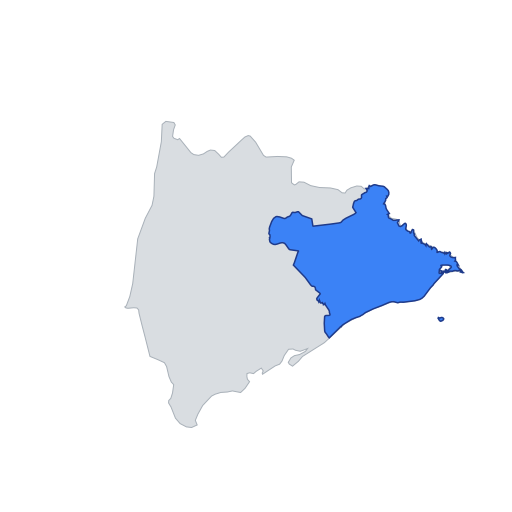 Atlántico Norte highlighted on a map of Nicaragua, rotated 54°
{"feature_id": "NIC-657", "entity_name": "Atlántico Norte", "entity_type": "Autonomous Region", "adm_level": 1, "iso_a3": "NIC", "parent_name": "Nicaragua", "parent_adm1": "", "projection": "robinson", "projection_center": [-84.139, 14.031], "detail": "fine", "context": "in_parent", "style": "filled", "palette": "blue", "viewbox_px": 512, "rotation_deg": 54, "n_neighbors": 0, "source": "natural_earth", "source_scale": "10m", "svg_char_len": 7834}
<svg xmlns="http://www.w3.org/2000/svg" viewBox="0 0 512 512"><g transform="rotate(54 256 256)"><path d="M389.6,98.3L387.8,101.1L385.8,102.9L381.6,111.8L380.1,112.6L379.8,106.0L377.4,105.1L374.4,107.5L372.8,110.9L375.4,115.3L377.6,115.4L380.3,116.6L387.6,147.1L386.1,152.6L381.6,161.1L377.3,168.3L373.0,172.8L367.7,192.1L362.9,223.3L366.3,251.5L364.6,277.4L366.1,283.6L366.6,291.2L363.0,292.6L361.0,292.4L359.0,287.7L359.2,283.5L361.3,278.7L362.2,272.1L361.2,268.7L359.1,276.2L355.4,279.5L353.0,280.7L350.6,284.5L353.1,291.6L356.3,296.8L357.4,300.5L356.2,305.0L355.5,320.2L354.4,319.8L353.2,317.7L349.8,317.6L349.4,323.7L349.7,327.1L346.8,329.7L345.8,332.4L348.1,334.2L350.7,335.4L353.9,335.1L356.6,342.6L357.4,348.7L351.3,354.4L349.2,359.1L345.7,364.7L343.8,370.3L343.2,374.3L345.6,387.0L349.8,396.0L353.3,401.7L358.1,402.9L356.9,408.9L353.4,412.7L347.0,415.9L339.9,416.5L328.2,413.5L323.5,413.1L321.6,411.5L321.1,408.6L317.8,404.1L311.7,398.2L308.2,398.6L302.4,397.3L292.9,393.3L288.5,392.8L282.2,396.3L274.9,400.8L257.2,393.7L244.7,388.8L233.6,384.3L230.6,382.6L228.1,382.9L226.0,385.3L223.6,389.4L222.8,390.6L221.5,391.8L220.1,392.1L220.0,390.1L214.6,381.9L205.9,372.0L172.6,341.6L160.4,323.4L153.9,310.3L147.7,303.5L129.7,289.6L125.6,284.0L107.9,265.4L94.3,254.5L94.1,249.8L99.7,244.0L102.5,244.3L105.4,248.5L110.2,253.2L112.5,253.2L115.9,251.0L116.0,248.8L134.2,247.9L137.4,246.7L140.8,243.3L142.5,238.5L142.7,233.9L143.5,230.6L146.4,227.4L151.7,226.4L155.8,226.0L157.1,223.9L155.8,216.8L153.7,199.8L153.2,195.1L154.0,191.5L155.6,190.2L163.7,189.4L179.0,190.8L181.9,189.7L188.1,180.1L193.8,172.9L197.8,169.8L201.0,168.8L204.7,175.1L217.6,184.2L219.8,183.6L221.1,183.1L221.5,181.8L221.3,177.6L224.5,173.8L231.2,170.4L237.9,164.4L244.7,155.8L250.5,150.7L255.5,149.2L257.4,146.9L256.2,143.7L256.6,139.2L258.6,133.3L261.5,129.9L265.3,129.0L266.7,127.1L266.0,124.4L266.7,121.3L270.1,116.3L278.3,112.0L282.9,113.5L286.8,119.2L292.3,123.1L299.4,125.2L304.9,124.4L308.8,120.8L312.3,119.8L315.4,121.2L317.1,120.4L317.3,117.4L318.9,116.7L321.9,118.3L324.7,118.7L327.0,117.9L328.0,116.4L328.4,114.9L330.2,113.8L336.3,114.9L343.2,113.2L350.8,108.6L355.8,106.5L358.3,107.0L361.3,104.7L364.8,99.5L372.7,97.2L389.6,98.3Z" fill="#d9dde1" stroke="#a8b0b8" stroke-width="1"/><path d="M266.0,127.3L266.4,126.7L267.8,125.2L266.0,123.7L265.6,123.0L266.6,122.7L267.0,122.5L267.2,122.1L267.5,119.3L268.1,118.1L269.0,117.2L270.2,116.3L271.3,115.4L274.3,112.2L275.4,111.5L279.3,110.7L281.0,110.6L282.7,111.2L284.2,112.4L285.1,114.1L284.9,114.4L284.4,115.1L285.7,115.4L285.9,116.3L285.8,117.3L287.1,118.3L287.8,119.6L288.8,122.1L290.0,121.3L291.3,121.5L293.8,122.7L295.3,123.0L300.0,123.2L299.8,123.7L299.6,125.2L300.6,124.8L301.3,125.3L302.0,125.9L303.0,126.2L303.7,126.0L305.4,125.0L307.8,124.0L309.0,122.4L309.9,120.5L310.8,119.1L311.4,119.8L311.9,121.7L312.4,122.1L313.4,122.2L315.0,122.6L315.7,122.7L317.0,121.9L317.4,120.3L317.0,116.7L317.4,115.9L318.2,115.8L319.1,116.1L319.7,116.5L320.2,117.0L321.8,118.8L322.6,119.2L323.5,119.1L325.1,118.6L325.5,118.3L325.8,118.0L326.1,117.7L326.7,117.5L327.2,117.6L327.6,117.8L327.8,117.9L328.3,117.5L328.3,117.0L327.7,116.4L327.3,115.7L326.5,113.9L327.2,113.3L327.7,113.2L329.2,114.3L329.4,114.6L329.6,114.9L330.3,115.0L331.4,114.9L331.7,115.1L331.9,115.7L333.0,115.9L339.4,115.5L339.1,114.9L339.1,114.2L339.4,112.5L340.2,113.0L341.3,114.2L342.1,114.5L342.0,114.2L341.7,113.5L342.2,113.7L342.4,113.7L342.7,113.9L343.0,114.5L343.8,113.7L345.0,113.0L346.3,112.5L347.5,112.5L347.0,112.1L346.7,111.7L346.2,110.9L349.9,110.6L351.2,110.0L351.1,108.9L351.9,108.8L352.6,108.9L353.1,109.2L353.3,109.9L353.8,109.9L353.2,107.7L353.4,106.9L354.6,106.3L355.9,106.1L357.4,106.1L358.6,106.5L359.2,107.3L359.6,107.3L359.9,106.4L360.1,105.4L360.4,104.6L362.0,103.9L363.6,102.5L364.5,102.2L364.4,101.9L364.2,101.4L364.1,101.2L365.1,101.5L365.4,101.7L365.2,100.7L365.3,99.8L365.7,99.5L366.3,100.1L366.4,99.0L366.5,98.5L366.8,98.1L366.4,97.3L366.6,97.0L367.3,96.9L368.1,97.0L368.5,97.4L369.3,98.8L369.9,99.1L371.4,98.9L372.7,98.0L373.7,96.8L374.4,95.5L375.2,96.2L376.0,96.6L376.7,97.1L377.0,98.1L378.0,97.3L379.1,97.2L382.0,97.6L381.2,98.0L381.2,98.4L381.7,98.8L382.5,99.1L385.6,99.1L387.4,98.2L388.3,98.1L390.5,98.2L391.3,98.0L390.9,98.8L389.7,99.4L389.1,100.1L388.1,98.9L387.3,99.7L386.7,101.3L386.2,102.2L385.4,102.6L384.6,103.7L384.0,105.0L383.8,106.0L383.6,106.3L382.8,107.2L382.4,107.8L382.3,108.5L382.1,110.1L382.0,110.8L381.4,111.8L380.7,112.4L378.4,113.4L378.6,113.0L378.8,112.6L379.3,111.9L379.3,112.5L379.5,112.0L379.7,111.7L379.7,111.3L379.7,110.8L379.2,111.2L378.4,110.8L378.4,110.4L379.2,110.0L379.9,109.9L380.6,110.1L381.1,110.8L381.0,109.4L380.3,107.5L380.2,106.0L379.8,104.5L378.8,104.2L377.8,104.7L377.0,105.2L375.7,106.6L372.8,110.7L372.1,112.5L372.8,111.7L373.0,111.4L373.9,112.2L374.6,115.3L375.0,115.9L375.9,116.5L376.8,117.5L377.8,117.9L378.8,116.5L378.3,116.0L377.1,115.2L376.6,115.0L377.3,114.5L378.1,114.8L378.8,115.5L379.3,116.5L379.3,114.8L379.7,114.3L380.3,114.9L382.9,128.0L383.0,128.4L383.6,129.8L384.2,133.4L387.4,143.6L387.7,146.6L387.4,149.1L385.6,153.8L380.2,163.6L377.9,166.7L377.5,168.0L377.1,168.9L374.0,171.3L372.6,173.4L371.7,175.8L370.2,182.7L367.7,192.1L366.1,200.7L366.2,204.3L365.9,206.1L365.9,207.5L364.6,211.3L363.4,216.2L362.7,225.8L362.8,227.6L363.3,228.6L362.8,229.1L363.1,230.0L365.3,244.8L364.1,245.0L360.8,244.8L358.2,244.9L357.0,244.5L350.5,240.3L345.6,236.3L345.3,236.0L345.1,235.6L345.1,235.2L345.1,234.8L345.3,234.4L345.5,234.0L346.7,232.3L347.0,231.8L347.1,231.4L347.2,231.0L346.9,230.6L346.4,230.3L345.3,230.0L344.6,229.7L344.1,229.3L343.4,229.0L342.2,228.8L336.9,228.6L335.9,228.5L335.6,228.3L334.9,228.1L335.3,229.0L335.3,229.7L335.1,230.1L334.5,229.7L334.1,229.7L333.5,230.0L333.2,230.0L332.7,229.7L332.2,231.2L331.4,231.4L330.4,231.0L329.1,230.7L329.5,231.1L329.8,231.9L330.0,232.2L329.0,232.0L327.4,232.5L326.9,232.2L326.4,232.1L326.1,231.7L325.8,231.1L324.5,226.7L324.4,226.3L323.9,226.2L323.0,226.3L319.0,227.5L318.4,227.6L317.6,227.3L317.2,227.0L316.8,226.8L316.4,226.7L315.9,226.6L315.5,226.6L315.0,226.8L314.3,227.3L313.5,228.3L312.7,228.6L311.4,228.8L302.3,228.8L285.3,231.1L284.1,229.1L277.6,219.9L277.2,219.1L277.0,218.8L276.7,218.8L270.8,224.9L270.2,225.2L269.2,225.3L264.8,225.2L262.6,225.4L261.0,226.5L260.1,227.9L259.6,229.2L258.8,231.8L258.0,233.7L257.4,234.4L256.8,235.0L254.9,236.0L253.2,236.4L252.5,236.3L250.5,235.4L250.0,234.6L249.3,234.5L249.1,234.4L249.1,233.7L248.9,233.5L248.7,233.3L247.8,232.8L247.3,232.4L247.0,232.3L246.8,232.3L246.4,232.4L246.0,232.5L245.8,232.5L245.6,232.4L245.3,232.3L243.5,230.3L243.1,230.0L242.8,229.8L241.9,229.4L240.6,228.0L237.3,223.0L235.9,219.6L235.9,216.9L236.3,215.9L238.3,213.9L241.9,211.4L242.6,210.7L242.8,210.1L242.9,209.4L242.9,209.1L242.9,207.7L243.6,205.4L243.5,204.7L243.2,203.7L242.8,202.8L242.2,201.6L242.2,200.9L242.3,200.4L243.0,199.9L243.4,199.3L244.0,198.4L244.5,196.6L244.9,196.0L245.2,195.6L250.5,194.8L250.6,194.7L258.6,189.2L258.8,189.1L265.1,192.3L265.4,192.2L265.7,191.8L274.0,177.0L278.0,169.5L278.6,168.1L278.7,167.2L278.1,164.5L278.3,161.0L279.8,152.5L279.9,150.7L279.7,149.6L273.9,149.2L273.4,149.1L273.1,148.8L272.1,147.6L271.0,146.4L269.8,144.6L269.6,144.1L269.6,143.6L269.7,143.1L270.2,142.1L270.3,141.7L270.2,140.1L270.3,139.6L271.1,138.2L271.2,137.5L271.1,136.9L270.8,136.4L270.6,136.1L269.6,135.5L268.7,134.8L268.6,134.6L268.5,134.4L268.6,133.7L268.6,133.0L268.6,132.6L268.7,131.8L268.8,131.5L268.7,131.0L268.8,130.6L269.2,129.5L269.2,129.0L269.1,128.6L268.9,128.2L268.6,127.8L268.4,127.7L267.9,127.6L267.6,127.5L267.7,127.3L266.0,127.3ZM415.1,141.6L416.2,141.0L417.1,141.0L417.6,141.6L417.9,142.8L417.4,144.9L416.2,145.5L412.7,145.2L412.8,145.2L413.0,144.9L412.9,144.6L414.0,144.0L414.4,143.2L414.6,142.3L415.1,141.6Z" fill="#3b82f6" stroke="#1e3a8a" stroke-width="1.5"/></g></svg>